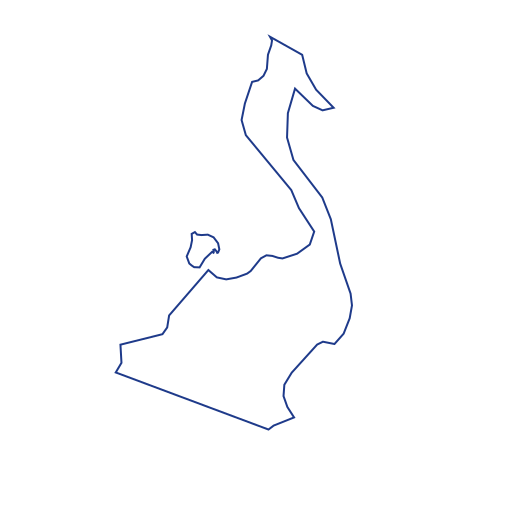 the District of Central Abaco, rotated 42°
{"feature_id": "BHS-5015", "entity_name": "Central Abaco", "entity_type": "District", "adm_level": 1, "iso_a3": "BHS", "parent_name": "The Bahamas", "parent_adm1": "", "projection": "orthographic", "projection_center": [-77.217, 26.497], "detail": "fine", "context": "isolated", "style": "outline", "palette": "blue", "viewbox_px": 512, "rotation_deg": 42, "n_neighbors": 0, "source": "natural_earth", "source_scale": "10m", "svg_char_len": 1190}
<svg xmlns="http://www.w3.org/2000/svg" viewBox="0 0 512 512"><g transform="rotate(42 256 256)"><path d="M229.7,436.4L227.5,425.4L214.6,412.6L238.8,376.7L237.8,368.5L231.2,358.3L230.0,298.3L241.2,298.1L249.5,293.3L255.9,285.1L261.2,275.0L262.1,270.7L261.2,254.4L263.3,248.5L268.1,245.0L273.5,242.6L277.3,240.1L285.0,226.8L288.3,211.5L282.9,198.9L255.9,191.7L238.1,183.4L167.6,173.0L154.3,164.6L145.7,150.1L136.6,129.2L140.1,124.1L141.0,117.1L138.9,109.7L130.2,98.4L126.4,89.3L123.7,85.1L119.7,83.7L155.7,75.6L171.5,86.4L189.4,92.2L214.5,93.9L208.0,103.2L197.8,106.4L173.0,105.5L184.1,128.5L199.8,147.2L219.6,159.6L266.1,168.2L287.0,178.6L323.6,205.3L351.5,220.7L360.4,228.5L367.3,239.6L373.1,255.1L373.2,268.9L363.1,274.9L360.7,280.9L360.6,318.8L363.2,332.7L370.2,341.7L380.3,347.2L392.3,350.5L382.6,370.2L381.4,376.6L229.7,436.4ZM219.3,271.9L224.3,275.6L225.5,278.8L225.1,279.6L223.7,279.0L220.9,278.6L220.2,279.9L222.0,281.3L222.2,282.0L220.6,282.3L219.8,292.3L221.7,302.2L217.5,305.7L214.5,306.1L211.4,306.2L204.8,302.7L201.6,293.3L197.9,287.0L193.4,282.6L194.6,279.1L197.9,279.5L201.5,276.9L205.9,272.4L212.0,270.5L219.3,271.9Z" fill="none" stroke="#1e3a8a" stroke-width="2"/></g></svg>